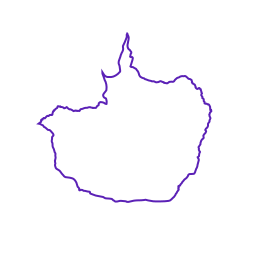 the district of Miraflores, Boyacá, Colombia, rotated 62°
{"feature_id": "7082276B88451081868443", "entity_name": "Miraflores", "entity_type": "district", "adm_level": 2, "iso_a3": "COL", "parent_name": "Colombia", "parent_adm1": "Boyacá", "projection": "natural_earth1", "projection_center": [-73.201, 5.152], "detail": "fine", "context": "isolated", "style": "outline", "palette": "violet", "viewbox_px": 256, "rotation_deg": 62, "n_neighbors": 0, "source": "geoboundaries", "source_scale": "gbopen_adm2", "svg_char_len": 5700}
<svg xmlns="http://www.w3.org/2000/svg" viewBox="0 0 256 256"><g transform="rotate(62 128 128)"><path d="M82.2,204.9L82.9,204.0L85.6,202.0L85.9,201.8L87.5,201.7L88.3,201.1L89.3,200.6L92.0,199.6L92.3,199.3L92.8,198.4L93.1,198.1L94.2,197.7L97.6,196.9L98.6,196.9L99.2,197.1L99.6,197.4L99.8,197.9L100.2,199.0L100.5,199.3L101.2,199.8L101.9,200.1L103.0,201.0L103.8,201.5L104.8,201.8L105.8,201.8L107.0,202.3L108.4,203.0L109.4,203.3L111.9,203.4L115.0,204.1L116.0,204.0L116.6,204.1L118.4,205.2L119.9,205.7L120.4,206.0L121.2,206.6L122.6,207.9L122.9,207.9L123.7,208.4L125.1,208.7L126.2,209.7L127.1,210.1L129.3,210.5L130.4,210.3L132.9,208.8L133.8,208.4L135.5,208.1L137.1,207.9L138.7,207.5L139.4,207.3L140.6,207.1L141.4,206.7L142.0,206.3L144.5,202.8L146.0,201.1L147.2,200.1L148.8,199.5L150.0,199.3L151.9,199.2L156.0,200.0L156.5,200.0L157.1,199.7L158.7,199.5L159.3,200.0L159.9,200.2L160.2,200.1L160.4,199.8L160.6,198.6L160.9,197.9L161.5,197.2L162.5,196.8L163.4,195.4L165.1,193.5L166.3,191.8L166.8,191.7L168.0,192.1L168.6,191.7L172.5,188.2L177.2,182.4L179.3,181.1L180.1,180.0L181.7,177.4L182.8,175.9L183.4,175.4L185.0,174.9L185.6,174.4L186.6,174.0L187.2,173.4L187.8,172.1L188.6,169.2L189.1,168.3L191.3,164.9L192.1,164.0L192.5,163.8L193.2,162.8L193.5,162.1L194.8,157.3L195.2,156.2L195.4,155.7L196.0,154.3L198.1,150.1L199.1,147.7L199.6,146.2L201.4,144.2L204.5,140.2L205.4,138.7L207.5,134.9L210.0,129.8L211.4,126.4L211.7,125.0L211.6,124.2L211.3,122.9L210.7,120.9L210.4,119.6L209.3,117.5L208.6,116.7L208.2,115.6L207.3,114.4L206.9,113.4L206.5,113.0L206.5,112.6L205.9,112.0L205.1,112.0L204.6,111.3L203.9,111.3L203.8,110.8L203.6,110.7L203.3,110.9L203.0,110.7L203.0,109.8L203.2,108.9L202.7,108.5L202.3,107.7L202.0,106.6L201.3,105.6L200.8,104.2L200.0,102.4L199.6,99.9L198.7,97.9L197.7,96.7L197.5,95.6L197.6,95.2L198.4,93.6L199.3,91.5L199.3,90.8L198.4,89.4L197.8,88.9L197.4,88.4L196.0,86.9L195.4,85.9L194.3,84.7L193.3,84.0L189.5,80.5L188.4,80.2L186.9,80.3L186.5,80.2L186.3,78.9L186.1,78.5L184.2,77.2L183.7,76.7L183.0,75.7L182.5,75.6L182.0,75.8L181.6,75.8L180.5,75.7L179.6,75.1L178.3,74.8L178.0,74.7L176.4,71.7L175.2,71.0L173.5,69.2L172.8,67.8L172.6,66.5L172.2,65.8L170.2,65.1L170.0,64.9L169.2,63.5L168.8,62.1L167.8,60.7L167.3,60.5L166.1,60.7L165.8,60.5L165.1,59.3L164.9,58.2L164.6,57.5L163.8,56.5L163.1,56.0L162.2,55.6L161.8,55.3L161.5,54.9L161.0,53.7L160.6,53.0L160.0,52.8L159.3,52.2L159.1,51.8L158.0,50.6L157.3,50.5L155.6,50.4L154.9,50.0L154.3,49.9L153.7,49.1L152.9,48.4L152.7,47.9L152.4,46.7L152.2,46.5L151.2,46.2L151.1,46.8L150.7,46.9L147.9,45.6L146.3,45.5L145.4,45.6L144.9,45.8L144.7,46.4L144.5,46.6L143.7,47.0L143.4,47.2L143.1,48.0L142.7,48.3L142.5,48.6L142.2,48.8L141.0,48.2L139.9,48.5L138.2,47.7L137.6,47.7L136.4,48.3L135.4,47.7L133.8,47.9L133.4,47.9L133.1,47.7L132.6,47.3L132.3,46.6L132.1,46.4L130.8,46.4L130.3,46.1L129.1,46.0L128.0,45.6L127.8,45.7L127.6,46.0L127.1,46.1L126.6,46.1L126.2,46.3L126.0,46.8L126.2,47.9L126.0,48.6L124.8,49.2L123.9,49.3L123.6,49.0L121.1,48.7L120.8,48.9L120.4,49.2L119.7,49.4L119.1,50.0L118.6,49.9L118.0,50.2L117.6,50.1L117.2,49.7L115.3,49.4L113.9,50.3L113.0,51.4L112.4,51.7L111.8,51.8L109.7,52.6L108.8,53.3L108.5,54.3L107.5,56.1L107.1,57.6L107.2,58.7L107.2,59.6L107.0,60.2L106.9,61.3L107.5,63.8L108.3,65.3L108.4,65.9L108.3,66.7L107.6,67.7L106.9,69.3L106.7,69.9L106.7,70.2L106.9,71.0L106.9,72.6L106.2,73.4L105.5,74.4L105.0,75.0L104.2,75.0L103.9,75.6L103.4,76.1L102.9,76.3L102.0,77.2L101.8,77.6L101.7,79.6L101.0,81.5L100.5,82.1L99.5,82.8L99.0,83.2L98.1,84.9L97.4,85.4L95.7,87.4L93.4,89.4L92.9,90.0L91.7,90.5L91.3,91.0L90.1,92.1L88.6,93.0L87.7,93.2L86.2,93.2L85.6,93.0L83.7,92.7L82.3,92.7L81.4,93.0L79.9,93.1L79.2,93.4L77.9,94.3L76.9,94.8L76.3,95.4L76.0,96.0L75.5,96.6L75.0,96.8L74.8,96.9L70.0,92.1L68.5,90.9L67.8,90.9L67.4,91.0L66.7,92.2L66.0,92.6L65.5,92.1L64.0,91.0L63.4,90.0L62.6,89.5L62.1,89.5L61.7,89.6L59.9,89.8L58.7,90.4L57.7,90.5L56.3,90.3L55.1,89.8L54.1,89.2L52.7,88.0L52.1,87.6L49.9,85.8L48.8,85.1L48.1,84.8L47.0,84.6L45.2,84.5L44.6,84.3L44.3,84.4L45.0,85.3L46.9,86.3L47.4,86.7L50.5,90.3L53.2,93.9L54.0,94.4L55.6,95.0L56.7,95.7L57.9,97.0L58.8,98.4L60.4,100.3L61.4,101.2L64.5,104.6L65.6,105.4L66.8,106.0L68.4,106.2L69.2,106.3L73.5,107.9L74.5,108.5L75.5,111.6L75.8,114.0L75.8,115.1L75.7,116.8L75.2,118.6L74.8,119.5L73.4,122.1L72.5,123.1L71.0,123.9L69.6,124.2L66.7,124.4L67.9,125.0L68.3,125.1L71.5,125.5L74.9,126.1L76.6,126.1L79.3,126.7L81.8,127.7L83.9,129.0L84.5,129.4L85.1,130.6L86.2,133.1L86.9,134.2L87.7,134.7L88.7,134.9L89.6,134.8L90.3,134.5L91.4,133.7L91.8,133.6L93.8,134.1L94.6,134.4L96.6,135.6L96.6,135.9L95.8,136.7L94.3,137.5L93.6,138.2L93.0,138.9L92.1,140.3L92.2,140.5L92.2,141.4L92.5,142.2L94.0,143.2L94.1,143.6L94.1,144.7L94.3,145.2L95.1,146.7L95.1,147.0L94.8,147.7L94.5,148.1L94.1,149.1L93.9,149.2L93.7,149.8L93.3,150.0L92.6,151.0L91.8,151.7L91.6,152.1L91.2,153.2L91.0,154.5L90.3,155.9L89.9,157.3L89.7,159.2L89.2,160.9L89.3,161.3L90.1,162.7L90.1,163.1L89.5,163.8L89.1,164.9L88.6,165.1L88.5,165.3L88.4,165.9L87.9,166.2L87.8,166.4L87.6,168.0L87.4,168.2L86.2,168.8L85.0,169.6L84.5,170.0L84.2,170.7L83.8,171.1L82.6,171.7L80.8,172.3L80.8,172.9L80.9,173.9L80.7,174.9L80.5,175.2L79.9,175.3L79.2,175.8L78.3,176.7L78.0,177.4L77.7,177.7L77.4,177.6L77.0,177.8L76.9,178.5L76.3,179.0L75.9,179.6L75.9,179.9L76.2,180.3L76.7,180.7L77.0,181.1L77.2,183.2L77.7,184.2L77.6,185.2L77.8,185.5L78.1,185.4L78.3,185.6L78.3,186.4L78.4,186.6L78.6,186.8L79.1,187.1L79.6,187.8L80.6,188.4L80.8,188.8L80.7,189.3L80.1,190.2L79.8,191.0L80.1,192.5L79.6,193.2L79.5,193.6L79.5,194.3L80.3,196.5L80.4,196.9L79.8,197.4L79.6,197.8L80.0,198.5L79.8,199.1L79.8,199.3L79.9,199.5L80.4,199.8L80.1,200.3L80.1,200.8L80.5,201.2L81.5,201.6L81.7,201.8L82.2,204.9Z" fill="none" stroke="#5b21b6" stroke-width="2"/></g></svg>